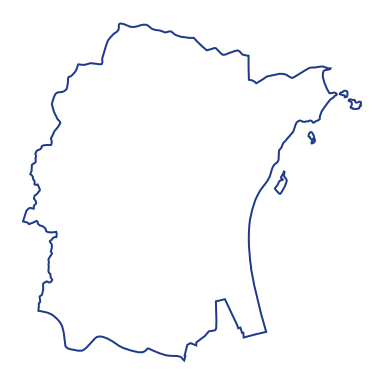 outline of Quang Trach, Quảng Bình, Vietnam
{"feature_id": "81297802B61927033163821", "entity_name": "Quang Trach", "entity_type": "district", "adm_level": 2, "iso_a3": "VNM", "parent_name": "Vietnam", "parent_adm1": "Quảng Bình", "projection": "robinson", "projection_center": [106.399, 17.873], "detail": "fine", "context": "isolated", "style": "outline", "palette": "blue", "viewbox_px": 384, "rotation_deg": 0, "n_neighbors": 0, "source": "geoboundaries", "source_scale": "gbopen_adm2", "svg_char_len": 5798}
<svg xmlns="http://www.w3.org/2000/svg" viewBox="0 0 384 384"><path d="M266.2,331.9L261.2,314.3L254.2,285.2L251.2,269.4L251.0,266.3L250.2,261.2L248.9,245.4L248.8,239.3L248.9,232.5L249.3,225.8L250.0,219.6L252.2,209.9L255.4,199.7L258.5,193.5L260.5,190.0L267.1,181.4L269.8,176.5L271.8,169.6L272.9,166.8L274.0,165.1L275.2,163.9L277.3,162.3L277.8,161.4L278.6,159.7L278.9,151.6L279.2,150.2L281.3,147.7L283.2,143.1L285.7,140.6L287.4,138.3L288.5,137.3L293.3,131.6L295.6,124.6L296.3,123.0L297.6,121.6L298.9,120.9L299.8,120.6L300.6,120.6L302.5,121.5L304.1,122.0L306.4,121.4L307.9,121.4L310.1,120.5L311.1,120.7L311.8,121.1L313.1,122.7L313.5,122.7L314.1,122.5L315.5,121.4L318.1,120.3L319.3,119.5L319.8,119.0L319.8,116.5L321.6,111.5L323.5,108.6L327.4,103.2L330.1,99.8L332.8,97.8L333.8,97.3L334.3,96.3L335.0,95.7L336.1,95.3L336.7,94.6L336.7,94.1L336.4,93.6L335.2,92.8L333.8,92.6L331.6,93.1L329.4,93.1L327.0,89.0L324.5,83.0L323.1,78.0L322.9,77.3L322.9,73.2L323.5,71.1L325.0,70.1L327.2,69.8L329.6,69.3L330.1,69.1L330.5,68.4L328.1,68.3L323.0,66.5L321.3,66.5L314.4,67.5L310.4,67.6L307.2,69.1L293.5,77.5L292.0,77.9L290.9,77.5L288.5,76.2L286.5,74.8L283.0,73.9L279.6,73.8L266.8,76.5L263.0,79.2L256.3,83.3L254.3,81.5L252.2,80.4L248.9,79.8L248.6,68.3L248.5,55.7L246.4,55.5L242.4,54.5L239.9,51.7L238.2,50.5L236.2,50.6L229.2,53.0L225.3,54.6L222.8,54.8L220.6,53.1L216.0,48.3L214.3,48.0L212.2,48.8L206.8,50.3L202.0,46.2L197.0,41.4L193.8,37.9L189.6,37.9L180.5,36.7L175.4,34.9L171.2,31.5L169.2,31.4L165.4,32.5L159.6,30.4L156.1,30.1L152.7,29.2L150.7,27.9L148.3,25.8L146.5,24.9L143.9,24.6L141.1,25.1L137.1,26.4L133.8,27.0L130.4,26.8L123.5,24.0L120.5,23.5L119.3,24.0L118.8,25.3L118.8,27.8L118.5,29.7L116.9,31.7L113.7,33.9L110.7,37.0L107.9,40.5L106.1,45.4L102.2,58.6L102.4,62.3L101.7,64.1L99.6,64.3L94.6,63.6L90.4,63.2L84.9,64.8L81.9,64.8L78.4,64.3L78.0,64.8L76.6,69.1L75.0,72.0L72.7,74.6L70.5,76.5L69.1,76.7L68.5,77.1L68.0,78.9L67.9,82.4L67.4,85.9L66.8,88.5L66.4,89.3L65.5,90.2L63.6,91.5L61.3,92.1L57.5,92.4L55.5,93.9L53.8,97.4L51.8,104.0L53.9,111.7L57.5,119.1L59.5,121.2L60.4,122.9L58.5,126.2L56.7,128.6L54.5,131.0L52.3,136.0L51.0,138.0L51.7,141.4L51.6,143.7L51.3,144.6L50.6,145.1L47.1,144.9L43.9,145.3L42.2,145.8L41.5,146.7L41.5,148.0L40.5,149.0L36.5,150.9L35.9,152.9L35.3,153.5L35.9,155.6L36.0,156.6L35.4,158.8L35.7,159.7L35.7,161.7L35.4,162.4L32.0,164.6L31.9,165.0L31.6,171.0L30.8,172.6L30.3,174.1L32.0,175.5L32.8,176.8L33.1,178.3L33.1,179.0L33.3,179.6L34.1,180.2L34.4,180.8L34.6,181.5L34.7,182.7L34.5,184.1L34.6,184.4L35.2,184.7L36.1,184.8L37.7,184.5L39.5,188.5L39.9,189.8L39.8,190.4L37.1,193.8L36.2,194.6L35.2,195.1L34.5,196.1L33.9,198.2L34.1,198.9L35.2,200.2L35.9,201.5L36.1,202.5L36.1,203.4L35.6,204.1L34.3,205.3L33.8,206.1L33.8,208.6L33.3,208.7L30.3,207.9L29.2,208.2L27.6,209.5L26.5,210.6L23.0,221.4L26.9,222.4L27.5,222.6L28.9,224.1L29.5,224.1L30.6,223.5L33.1,222.6L36.2,221.0L36.9,221.0L37.3,221.4L37.9,223.5L38.7,224.6L40.0,225.5L42.5,226.1L45.5,228.5L45.7,229.1L45.9,230.6L46.5,231.3L47.4,231.9L49.3,232.3L51.9,232.4L54.7,232.1L56.2,231.8L56.6,233.0L56.7,234.6L56.3,237.1L55.4,237.1L54.1,237.3L53.1,237.9L51.5,239.9L50.1,240.8L49.8,241.2L49.8,241.6L51.6,244.2L51.9,245.7L51.8,247.9L50.9,251.3L50.9,251.7L51.8,252.9L51.9,253.3L51.9,253.9L50.7,255.5L48.6,258.9L48.5,259.7L48.5,260.5L48.9,261.9L48.8,263.0L48.5,264.4L48.8,267.3L48.5,269.6L48.5,271.7L49.3,273.1L50.4,274.1L50.5,276.0L50.9,277.8L52.1,279.5L52.1,280.2L51.2,281.6L50.0,282.4L48.7,282.4L46.8,281.4L43.7,283.1L43.1,284.1L43.0,285.5L43.3,288.1L43.2,289.1L42.3,293.8L42.0,294.6L41.4,295.3L40.4,295.8L39.6,296.7L40.2,301.1L40.1,302.1L39.3,302.8L38.8,303.5L38.8,306.5L38.4,310.8L42.1,311.4L48.0,312.8L52.1,314.7L57.0,318.8L60.2,322.5L62.2,326.3L63.8,333.0L65.4,345.9L65.8,346.7L67.3,348.1L70.5,349.3L74.2,349.9L78.0,350.7L81.9,350.7L84.2,349.5L86.3,347.8L95.0,338.4L96.7,337.1L98.2,336.6L100.3,336.5L103.0,336.9L107.3,338.5L112.6,341.4L119.1,345.9L123.3,348.0L131.9,350.8L138.8,352.3L142.6,352.2L144.1,351.6L145.6,350.6L147.3,348.7L147.9,348.5L148.5,348.5L154.3,351.1L159.9,353.4L166.1,355.3L170.0,355.8L176.9,356.0L180.0,356.6L181.0,357.1L184.1,360.5L184.6,359.1L185.3,355.9L184.6,355.7L187.3,344.9L190.5,343.1L196.2,345.4L196.4,342.4L204.6,336.2L208.9,331.3L213.3,330.7L215.0,330.2L215.6,329.5L216.1,328.5L216.3,325.5L216.4,319.9L215.9,301.4L224.9,299.2L236.8,324.3L238.3,328.3L240.4,327.6L242.0,332.8L243.3,332.7L243.7,337.5L255.8,334.3L266.2,331.9ZM280.9,193.2L284.8,186.5L286.7,181.2L286.7,180.2L286.2,179.0L284.3,176.6L284.0,175.4L284.5,171.8L284.0,171.5L282.7,174.5L281.1,177.0L280.9,177.5L281.2,178.1L282.8,179.4L282.6,179.9L282.0,180.2L280.9,180.2L279.9,180.7L279.1,181.6L277.5,185.0L275.0,188.2L275.0,188.9L275.3,189.4L279.2,193.6L280.2,193.8L280.9,193.2ZM356.2,102.6L355.5,102.0L355.1,101.5L355.0,100.8L354.8,100.2L354.6,100.0L352.4,99.9L351.4,99.5L349.8,99.3L349.2,99.6L348.9,99.9L348.8,100.9L351.4,102.0L351.7,102.7L351.9,103.9L351.7,105.2L350.6,107.1L350.7,107.5L351.3,108.1L352.3,108.0L352.7,108.3L352.9,108.8L356.3,109.0L357.4,108.7L358.3,108.7L359.0,108.4L359.2,108.1L359.1,107.5L359.2,107.2L360.7,106.0L360.2,105.7L360.1,105.2L360.4,104.6L361.0,104.1L360.7,101.9L359.8,101.6L359.0,101.7L358.1,102.3L356.2,102.6ZM313.4,139.8L314.4,138.6L314.2,138.3L313.5,138.2L314.1,137.2L314.0,136.1L312.1,132.7L311.7,132.3L311.1,132.1L310.4,132.2L309.9,132.5L309.0,133.8L308.4,136.0L308.9,136.8L309.9,137.1L310.1,137.3L310.3,138.4L311.6,139.6L312.3,140.4L312.3,141.0L311.5,142.5L311.6,143.4L312.3,143.4L313.7,142.6L314.7,141.5L315.1,140.5L314.9,139.9L313.4,139.8ZM347.4,94.9L347.5,93.2L347.3,91.9L346.7,91.2L345.6,90.7L344.0,90.8L342.5,92.1L340.7,92.6L340.3,92.9L339.8,93.7L339.8,94.1L340.3,94.4L343.3,95.3L344.4,95.4L344.7,95.5L344.8,95.8L344.8,97.1L345.6,96.8L346.4,97.0L346.7,96.7L347.0,96.5L347.4,94.9Z" fill="none" stroke="#1e3a8a" stroke-width="2"/></svg>